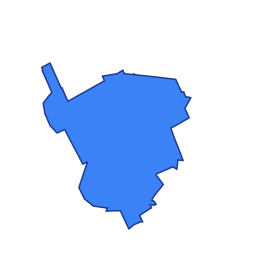 Pecineaga, Constanta, Romania, rotated 65°
{"feature_id": "2599482B178784761980", "entity_name": "Pecineaga", "entity_type": "district", "adm_level": 2, "iso_a3": "ROU", "parent_name": "Romania", "parent_adm1": "Constanta", "projection": "mercator", "projection_center": [28.482, 43.893], "detail": "fine", "context": "isolated", "style": "filled", "palette": "blue", "viewbox_px": 256, "rotation_deg": 65, "n_neighbors": 0, "source": "geoboundaries", "source_scale": "gbopen_adm2", "svg_char_len": 4720}
<svg xmlns="http://www.w3.org/2000/svg" viewBox="0 0 256 256"><g transform="rotate(65 128 128)"><path d="M36.6,180.6L37.3,180.7L38.9,180.6L39.5,180.6L39.8,180.6L39.9,180.8L39.9,181.5L40.0,181.5L40.5,181.5L41.0,181.5L41.6,181.5L42.6,181.5L43.4,181.5L43.7,181.5L44.4,181.6L46.4,181.6L47.5,181.6L48.3,181.7L49.3,181.7L50.3,181.7L51.5,181.7L52.3,181.7L53.6,181.7L53.9,181.7L54.8,181.7L55.6,181.8L56.6,181.8L58.3,181.9L59.1,181.9L59.7,181.9L60.0,181.9L60.5,181.9L61.2,181.9L61.9,181.9L62.5,182.0L62.8,182.0L63.4,182.0L63.5,182.0L63.7,182.4L63.8,182.6L64.1,183.2L64.3,183.7L64.6,184.2L64.8,184.6L65.1,185.6L65.5,186.3L66.1,187.6L67.1,189.5L67.6,190.5L68.0,191.2L68.4,192.1L68.6,192.5L68.8,192.6L69.5,194.0L69.8,194.3L70.0,194.5L70.3,194.6L71.7,194.9L74.4,195.7L75.3,195.9L76.7,196.3L77.8,196.6L78.3,196.8L79.4,197.0L79.7,197.0L80.0,197.1L80.4,197.2L80.6,197.3L81.0,197.3L81.0,197.2L81.4,197.1L81.9,197.2L82.5,197.2L82.8,197.2L83.4,197.3L83.7,197.3L84.3,197.3L85.0,197.3L85.9,197.3L86.8,197.4L89.8,197.5L92.6,197.6L92.8,197.6L95.6,196.7L99.6,195.4L102.4,194.5L102.6,192.7L102.6,192.0L102.6,191.8L102.6,189.8L102.7,185.9L103.1,185.9L104.6,185.9L104.9,185.9L106.2,185.9L108.8,185.8L114.8,185.5L119.3,185.3L124.5,185.0L129.1,184.8L130.0,184.7L132.0,184.6L134.9,184.5L137.5,184.4L139.0,184.3L140.5,184.3L141.6,184.2L141.6,179.7L141.8,179.7L142.0,179.9L142.2,179.6L142.4,179.8L145.2,182.5L148.1,185.3L151.0,188.0L153.3,190.1L155.9,192.6L157.0,193.7L159.0,195.6L160.5,196.9L161.0,197.4L161.3,197.6L161.5,197.7L162.4,197.7L164.1,197.6L166.4,197.6L168.6,197.5L170.6,197.5L172.5,197.4L173.8,197.4L174.1,197.4L174.3,197.3L174.6,197.1L175.1,196.8L176.1,196.3L177.0,195.7L177.2,195.9L181.0,193.8L181.3,193.8L181.5,193.8L184.3,192.2L184.4,191.8L184.7,191.5L184.8,191.2L185.0,190.9L185.3,190.6L185.7,189.9L186.1,189.3L186.3,189.0L186.5,188.6L186.7,188.4L186.9,188.1L187.4,187.3L187.8,186.8L188.0,186.4L188.4,185.8L188.9,185.0L189.2,184.6L189.4,184.3L189.8,183.6L190.8,182.2L191.3,181.4L191.6,181.1L191.8,180.8L191.8,180.6L192.0,180.7L192.4,180.9L192.6,181.1L192.8,181.3L192.9,181.6L193.1,181.8L193.5,182.3L194.0,183.0L194.1,182.9L194.7,181.4L195.4,179.7L196.2,177.9L197.0,176.0L197.8,174.2L198.9,171.7L199.3,170.9L199.5,170.4L199.6,170.1L199.8,170.1L200.6,169.9L203.1,169.9L203.9,169.9L204.0,169.9L205.5,169.9L206.6,169.9L207.2,169.9L208.5,169.9L209.6,169.9L210.5,169.9L212.3,169.9L213.7,169.9L215.1,169.9L219.8,169.9L219.8,169.7L219.5,168.8L219.4,168.1L219.2,167.4L218.7,165.6L218.6,165.3L218.5,165.0L218.5,164.9L218.3,164.7L218.2,164.5L218.2,164.2L218.2,163.8L218.2,163.5L218.2,162.3L218.2,161.4L218.2,160.6L218.3,160.2L218.3,159.6L218.3,159.2L218.3,158.6L218.3,158.3L218.3,157.1L218.4,156.5L218.4,156.0L218.5,155.8L218.6,155.4L218.8,155.1L218.9,154.9L219.0,154.8L219.2,154.7L219.3,154.5L218.4,154.4L216.5,154.4L215.7,154.4L215.3,154.4L214.0,154.4L213.3,154.4L212.1,154.4L211.5,150.5L211.0,146.6L210.5,142.7L210.2,140.5L206.7,140.3L208.1,138.3L208.5,137.8L208.9,136.9L209.1,135.8L209.0,134.8L208.4,134.9L207.8,135.0L207.1,135.0L206.2,135.2L205.6,135.2L205.0,135.6L204.7,136.0L204.2,136.5L203.5,136.9L202.8,136.0L202.2,135.4L201.8,135.1L200.9,133.4L200.4,132.5L198.7,129.3L197.3,126.5L195.9,123.3L195.7,123.0L194.1,120.1L194.0,119.9L193.9,120.0L190.2,120.7L188.5,121.1L186.3,121.6L184.3,122.0L183.0,122.3L182.8,122.3L182.6,122.2L182.4,122.1L181.9,121.8L181.8,121.7L181.7,121.7L181.8,113.7L182.0,109.7L182.0,107.0L182.1,104.2L182.1,103.9L182.5,103.7L183.9,102.6L186.0,101.2L183.9,99.8L181.7,98.5L179.1,96.9L177.9,96.2L178.2,95.8L178.6,95.3L178.6,95.2L178.8,95.0L178.9,94.8L179.1,94.5L180.5,92.4L180.8,92.0L180.7,91.8L177.9,91.6L176.4,91.5L174.0,91.3L170.7,91.1L169.2,91.0L167.5,90.9L167.1,90.8L162.6,90.6L160.6,90.4L160.5,90.5L158.8,90.4L157.4,90.3L156.1,90.1L155.0,90.0L154.3,90.0L153.0,89.9L150.5,89.6L149.3,89.5L148.5,89.4L147.2,89.4L146.3,89.3L146.2,89.3L145.9,83.4L145.8,82.4L145.8,81.8L145.6,79.9L145.5,79.3L145.5,78.7L145.2,75.9L145.1,74.4L145.0,73.2L144.9,72.5L144.9,71.8L144.6,68.4L142.8,68.3L139.7,68.2L134.3,68.1L133.3,66.8L132.2,65.2L129.9,62.1L128.4,59.9L127.2,58.4L126.9,58.3L126.0,59.7L125.0,61.2L124.4,62.1L124.1,62.4L123.8,62.6L123.0,62.5L119.4,62.4L118.8,62.2L118.4,64.2L111.5,64.3L104.1,64.2L102.2,67.2L100.9,69.4L94.4,79.8L93.5,81.2L89.0,88.7L84.9,95.6L82.7,99.1L82.4,99.7L81.4,99.8L81.5,100.5L81.5,101.2L79.4,104.7L77.7,107.6L77.3,108.2L74.9,108.3L73.4,108.3L74.2,114.9L74.1,115.3L70.2,129.2L70.3,129.2L75.3,129.4L75.4,131.3L75.7,134.9L75.7,135.0L75.8,136.5L75.8,136.8L75.9,138.0L76.4,144.3L76.8,149.3L77.2,154.7L77.2,155.6L77.5,159.0L78.5,171.2L77.3,171.2L74.3,171.2L73.3,171.1L67.9,171.0L63.7,170.8L63.6,171.6L50.1,171.5L41.3,171.3L36.2,171.2L36.6,180.6Z" fill="#3b82f6" stroke="#1e3a8a" stroke-width="1.5"/></g></svg>